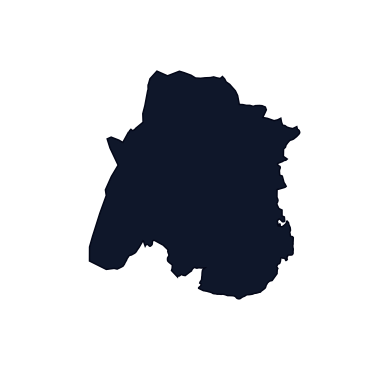 the district of New Juaben North Municipal, Eastern, Ghana, rotated 238°
{"feature_id": "2480657B95199515281033", "entity_name": "New Juaben North Municipal", "entity_type": "district", "adm_level": 2, "iso_a3": "GHA", "parent_name": "Ghana", "parent_adm1": "Eastern", "projection": "mercator", "projection_center": [-0.335, 6.145], "detail": "fine", "context": "isolated", "style": "filled", "palette": "ink", "viewbox_px": 384, "rotation_deg": 238, "n_neighbors": 0, "source": "geoboundaries", "source_scale": "gbopen_adm2", "svg_char_len": 5981}
<svg xmlns="http://www.w3.org/2000/svg" viewBox="0 0 384 384"><g transform="rotate(238 192 192)"><path d="M187.8,68.5L171.8,78.3L168.5,85.5L166.3,87.7L165.8,92.1L165.7,93.9L165.8,94.6L166.5,96.0L166.6,96.4L167.5,97.7L168.8,100.2L170.0,101.8L170.4,102.9L171.2,104.4L171.3,105.2L171.2,105.8L170.9,106.7L170.7,107.2L170.5,110.9L170.6,111.7L170.8,112.6L171.2,113.6L171.8,114.7L172.4,116.2L173.1,117.8L176.7,124.6L176.4,124.9L170.9,123.6L171.4,124.5L171.6,125.3L171.5,125.8L171.0,126.6L170.1,127.0L168.8,127.2L168.3,127.6L168.1,128.2L168.4,129.8L168.6,130.3L169.4,131.1L170.7,132.0L171.4,132.8L171.4,133.7L170.8,134.6L170.6,134.7L162.2,139.4L155.7,141.0L154.5,140.0L153.0,139.5L151.8,139.4L151.4,139.2L150.7,139.0L150.2,138.5L149.5,137.2L149.0,136.3L147.4,135.2L146.3,134.9L145.9,134.9L144.3,135.3L141.0,136.5L140.6,136.5L140.2,136.4L138.7,135.4L137.4,134.3L136.3,133.0L127.7,134.7L128.2,135.1L128.1,135.7L127.7,136.3L127.5,137.0L127.6,137.7L127.8,138.8L127.4,139.5L126.5,140.1L125.6,140.9L124.7,142.0L125.3,147.6L125.3,149.0L125.4,149.8L125.8,150.3L126.3,151.2L126.5,151.8L126.8,153.0L126.7,153.8L126.5,154.4L126.0,154.9L125.4,155.1L124.9,155.7L124.6,156.3L124.3,157.2L124.0,157.9L123.3,158.7L122.6,159.7L121.7,161.2L120.8,162.9L120.3,159.7L119.5,158.9L118.3,157.9L117.2,157.1L116.0,156.3L114.8,155.3L113.6,154.4L112.8,153.9L112.6,153.6L111.9,152.5L111.7,151.7L110.7,150.3L109.6,150.8L109.0,150.8L108.6,150.6L107.9,149.8L107.6,148.9L107.4,147.1L107.1,146.7L106.8,146.6L102.9,149.0L102.6,149.2L102.2,149.5L101.5,150.4L101.1,150.7L100.7,151.2L99.9,152.1L99.2,152.7L98.3,153.5L97.5,154.3L96.9,154.8L96.1,155.4L95.2,155.8L94.6,156.2L94.1,156.8L93.7,157.3L93.2,158.0L92.7,158.5L92.2,159.0L91.8,159.5L91.3,160.4L90.8,161.1L90.2,161.9L89.8,162.5L89.5,163.0L89.2,163.7L88.8,164.2L88.2,164.9L87.2,165.8L86.3,166.5L85.4,167.2L84.9,167.9L84.3,168.9L83.7,169.8L83.2,170.5L82.6,171.4L81.9,172.2L81.3,172.8L80.6,173.2L79.7,173.5L78.8,173.6L78.0,173.8L77.2,174.4L76.8,174.8L76.4,175.4L76.2,176.0L76.0,176.8L76.2,177.6L76.2,178.8L76.1,180.0L75.9,180.7L75.8,181.7L75.8,182.8L75.9,183.4L75.8,183.8L75.6,184.4L75.2,185.1L74.8,185.8L74.3,186.8L73.9,187.8L73.5,188.6L73.2,189.7L73.0,190.7L72.9,191.5L72.4,192.3L72.2,192.8L71.9,193.8L71.6,194.5L71.6,195.1L71.3,195.9L71.0,196.6L70.9,196.8L70.9,197.2L71.2,197.9L71.3,199.0L71.4,200.5L71.6,202.2L71.8,203.2L72.2,203.9L72.8,204.6L73.6,205.4L74.0,206.3L74.6,207.3L75.0,208.2L75.1,209.2L75.3,210.0L75.3,210.7L74.9,211.8L74.5,213.1L77.7,220.9L78.4,221.3L79.1,221.8L79.9,222.4L80.9,223.1L81.5,224.0L81.7,224.3L83.9,224.2L84.1,224.5L84.5,225.2L84.9,225.9L85.3,226.6L85.2,227.1L85.0,227.9L85.0,228.5L86.1,230.0L89.0,232.4L89.0,232.9L88.5,233.4L87.9,233.8L87.7,234.2L87.1,234.9L86.6,235.3L86.0,235.5L85.3,235.5L84.7,235.3L84.2,235.3L84.0,235.8L84.1,236.5L84.4,237.1L85.3,237.0L85.3,237.4L85.5,237.6L86.3,237.8L86.6,238.0L86.5,238.4L86.7,238.9L87.4,239.4L87.5,239.9L87.4,240.4L86.7,241.5L86.0,242.7L85.7,243.5L85.8,244.2L86.4,245.2L87.2,245.7L88.2,246.3L88.9,246.9L89.5,247.3L90.1,247.7L91.0,248.0L92.1,248.5L93.0,249.0L93.7,249.5L94.3,250.2L95.0,250.5L99.6,253.7L100.2,253.7L100.9,253.5L101.5,252.9L101.9,252.3L102.3,252.1L102.8,252.3L105.1,253.2L105.6,253.4L106.1,253.5L106.5,254.0L106.9,254.7L107.2,255.1L107.9,255.5L108.9,256.0L109.8,256.4L110.4,256.5L111.0,256.6L111.8,256.7L112.5,256.8L113.3,257.0L114.2,257.3L114.9,257.6L117.0,257.2L116.9,256.6L116.0,255.8L115.6,255.3L115.4,254.8L115.2,254.1L115.0,252.9L114.9,251.9L114.8,251.0L114.8,250.2L115.0,249.6L115.3,249.1L115.9,248.9L116.6,248.9L117.2,249.2L117.8,249.5L118.0,249.7L118.4,249.5L118.7,248.7L118.5,248.2L118.1,248.1L117.7,248.2L117.2,248.4L116.9,248.3L116.7,248.1L117.0,247.6L117.4,247.1L118.2,247.1L119.0,247.3L119.6,247.6L119.9,247.8L120.4,248.3L120.7,248.5L121.1,248.7L121.7,248.7L122.1,248.9L122.3,249.2L122.5,249.7L122.9,250.8L122.9,251.2L122.8,251.7L122.4,252.1L121.3,252.4L120.0,252.7L119.2,252.8L118.8,253.0L118.4,253.5L118.1,254.3L118.2,255.0L118.5,255.4L118.7,255.5L121.9,257.1L124.0,255.7L129.0,258.8L131.9,256.9L135.7,257.3L137.2,257.8L137.5,258.0L137.9,258.9L138.3,259.4L138.7,259.9L139.5,260.6L140.5,260.9L142.2,261.2L142.6,261.3L147.1,264.2L148.3,265.0L148.6,265.1L148.9,265.5L148.9,265.9L148.5,266.9L147.6,270.1L146.9,272.6L146.7,273.7L146.8,274.4L146.9,274.9L149.7,275.1L150.9,275.0L151.9,275.2L153.7,275.8L157.7,277.0L159.5,275.6L159.8,275.5L160.3,275.6L161.1,276.0L161.6,276.3L162.2,276.6L162.8,276.9L163.4,277.2L163.9,277.6L164.4,278.0L164.9,278.6L165.4,279.3L166.1,279.9L166.7,280.1L167.2,280.1L167.8,279.7L168.5,279.4L169.2,279.2L170.0,279.2L170.7,279.7L170.8,279.9L169.9,284.8L169.9,285.5L169.9,286.4L169.8,287.0L169.6,287.6L169.3,288.1L169.2,288.4L169.5,290.2L173.8,288.4L179.6,292.2L180.0,292.8L180.2,293.4L180.3,294.5L180.6,295.2L181.1,295.7L181.6,296.1L181.9,296.6L182.2,297.3L182.6,298.2L183.0,299.2L183.4,300.5L183.8,301.9L183.8,303.0L183.4,304.2L183.2,305.4L183.1,306.3L183.3,307.7L183.4,308.9L183.6,310.3L184.0,311.8L184.3,313.1L184.6,313.8L184.9,314.4L185.4,314.9L186.1,315.2L187.2,315.4L188.1,315.3L188.7,315.0L189.3,314.7L189.5,314.7L191.9,315.5L192.4,311.0L194.7,308.6L196.8,306.9L199.1,306.0L200.6,304.3L203.7,304.9L207.5,306.4L207.8,302.9L209.0,299.4L214.5,295.0L217.7,291.5L220.9,296.5L222.3,298.6L225.2,299.2L228.1,297.1L229.6,295.1L231.6,291.6L232.2,289.3L234.8,287.0L236.6,284.1L239.2,281.4L241.2,278.5L249.6,281.8L254.8,282.4L263.3,281.0L267.3,279.3L270.5,279.6L273.8,279.0L273.3,276.1L275.7,273.5L278.1,271.4L279.3,268.2L281.9,263.6L283.9,259.5L286.8,255.4L291.5,253.1L297.3,248.6L301.1,245.3L303.5,232.8L313.1,226.3L310.3,216.4L306.3,212.0L306.1,211.5L304.4,210.4L302.3,209.2L301.4,208.1L290.2,197.8L284.5,191.8L277.1,187.5L275.8,177.8L275.4,176.9L275.3,174.9L275.9,173.8L277.5,173.4L277.0,171.5L276.7,171.2L276.2,170.5L276.4,169.8L270.7,159.6L274.7,157.5L281.4,152.5L282.0,148.2L272.7,145.8L253.9,143.6L247.9,131.9L239.7,119.7L234.4,117.4L222.8,102.6L210.5,88.2L207.2,84.3L199.7,76.0L187.8,68.5Z" fill="#0f172a" stroke="#020617" stroke-width="1.5"/></g></svg>